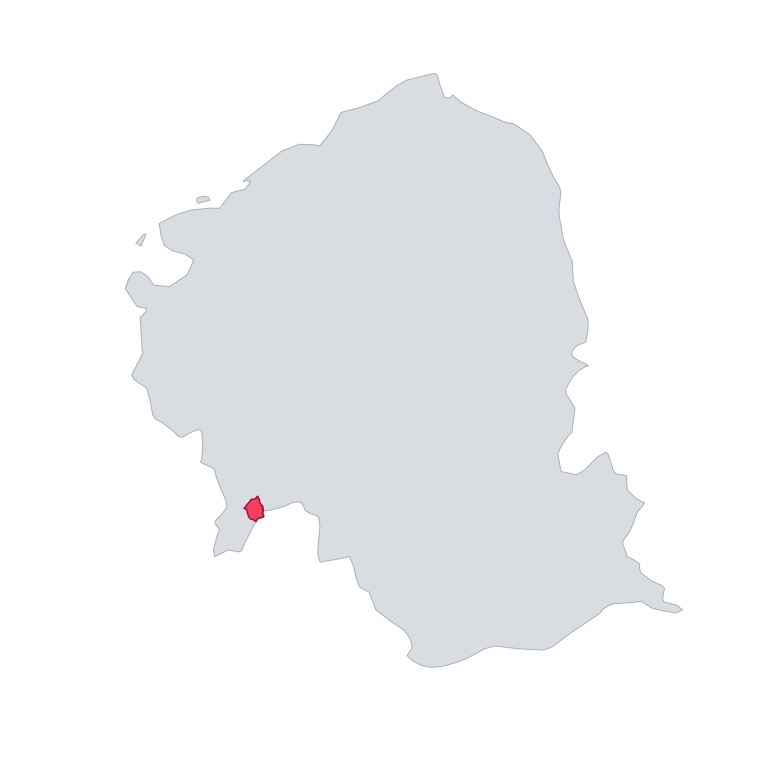 location of Rumduol, Svay Rieng, Cambodia, rotated 78°
{"feature_id": "14789045B51142255514393", "entity_name": "Rumduol", "entity_type": "district", "adm_level": 2, "iso_a3": "KHM", "parent_name": "Cambodia", "parent_adm1": "Svay Rieng", "projection": "albers", "projection_center": [105.826, 11.218], "detail": "fine", "context": "in_parent", "style": "filled", "palette": "rose", "viewbox_px": 768, "rotation_deg": 78, "n_neighbors": 0, "source": "geoboundaries", "source_scale": "gbopen_adm2", "svg_char_len": 6074}
<svg xmlns="http://www.w3.org/2000/svg" viewBox="0 0 768 768"><g transform="rotate(78 384 384)"><path d="M667.0,139.1L668.8,145.4L664.2,157.3L659.3,168.1L650.1,177.5L649.7,184.4L646.6,205.1L647.9,211.7L650.0,217.3L653.1,220.3L661.3,240.5L668.7,258.8L676.1,273.9L677.4,283.4L670.9,307.7L663.2,330.0L664.0,341.1L667.4,352.2L671.0,366.9L672.5,385.9L670.6,398.2L667.1,405.9L660.4,413.8L654.6,417.8L647.5,411.2L641.9,410.9L634.3,413.0L628.4,416.1L616.4,427.7L603.1,438.9L584.5,441.9L577.4,450.2L569.7,451.4L555.0,451.9L545.4,453.8L545.9,458.0L545.1,477.8L545.3,482.4L543.9,483.7L537.2,484.3L526.0,481.3L510.7,476.4L499.9,475.6L494.4,484.2L491.0,487.6L486.9,488.1L482.7,489.7L481.2,493.5L480.9,498.3L482.9,506.5L483.7,519.6L483.2,528.5L487.1,534.2L510.4,553.1L517.3,557.8L518.1,560.7L514.0,571.0L517.7,585.5L510.4,585.2L498.2,579.0L492.4,575.2L485.3,578.2L482.9,577.7L478.1,570.5L471.9,563.2L465.4,562.8L451.9,565.6L438.0,567.6L432.7,567.6L430.6,568.9L422.5,579.7L419.1,577.8L405.1,573.7L392.4,572.1L389.8,574.9L391.3,583.7L394.1,592.4L392.4,596.0L385.4,600.5L376.1,608.7L370.4,615.0L366.4,616.6L352.3,616.2L338.3,617.0L332.6,623.0L327.3,627.6L322.7,628.9L304.4,614.0L268.0,608.6L264.0,602.0L260.5,600.7L257.1,609.2L237.0,617.2L228.7,612.2L222.6,606.2L223.5,598.9L229.4,593.0L239.4,588.8L244.1,573.8L236.6,554.5L230.0,548.9L223.1,544.4L215.7,551.5L209.4,563.6L202.8,569.9L193.7,571.2L180.3,570.6L175.3,552.3L173.7,536.6L175.7,518.7L177.9,508.2L165.1,493.4L164.6,479.5L158.4,472.3L156.6,475.9L156.7,479.9L155.0,477.0L135.1,436.0L131.9,417.0L135.6,402.5L137.7,397.6L131.9,389.9L123.8,381.1L109.4,369.5L108.6,351.4L105.7,330.1L101.4,322.9L94.9,309.7L91.5,298.8L90.6,270.1L92.5,267.8L102.7,267.1L115.9,265.2L118.0,260.5L115.7,256.7L124.2,250.3L136.4,236.2L145.8,221.4L152.6,212.1L156.7,202.8L170.3,189.7L189.0,180.8L201.7,178.7L214.9,175.7L227.5,171.4L233.5,171.1L249.1,176.5L257.6,177.9L266.5,177.9L275.7,178.5L283.7,178.0L302.9,174.4L323.3,177.5L341.4,175.2L363.9,171.0L375.0,173.8L385.0,178.1L386.4,186.8L388.7,190.8L392.1,193.9L396.5,193.9L402.3,187.9L407.1,181.6L408.7,180.4L408.9,183.5L411.3,190.3L415.5,197.0L419.9,201.5L427.1,207.4L431.8,207.7L447.2,202.2L470.3,210.3L472.9,214.4L480.4,222.6L488.5,228.6L506.5,228.9L512.9,214.3L509.8,205.5L499.5,190.0L496.7,180.9L500.0,179.3L517.4,177.5L520.2,175.7L524.0,165.7L528.7,166.8L538.3,168.1L548.5,161.2L554.5,154.0L557.8,157.3L561.4,162.3L565.4,165.2L572.7,169.5L580.8,175.6L585.8,181.6L589.8,183.9L600.2,182.2L602.9,182.4L608.9,175.2L613.1,171.2L616.6,172.3L621.8,172.2L632.6,162.9L638.7,154.4L642.0,152.1L651.7,156.2L655.5,155.4L661.1,143.7L667.0,139.1ZM168.7,528.1L166.7,529.2L164.8,529.1L162.9,527.4L163.1,520.9L164.6,516.9L167.9,516.1L168.7,528.1ZM198.6,593.0L194.5,597.4L188.0,588.2L188.1,585.7L198.6,593.0Z" fill="#d9dde1" stroke="#a8b0b8" stroke-width="1"/><path d="M484.2,529.0L484.0,528.9L483.9,528.8L483.8,528.7L483.7,528.6L483.4,528.4L483.2,528.3L482.9,528.5L482.7,528.5L482.4,528.5L482.2,528.6L482.2,528.8L481.9,528.9L481.7,528.9L481.5,528.7L481.4,528.7L481.2,528.5L481.2,528.4L481.2,528.2L480.9,528.0L480.7,528.0L480.4,528.2L480.3,528.3L480.2,528.4L480.1,528.5L480.0,528.4L479.9,528.3L479.8,528.2L479.7,528.1L479.4,528.2L479.2,528.2L478.8,528.1L478.7,528.1L478.4,528.1L478.2,528.3L478.1,528.5L477.9,528.6L477.7,528.5L477.7,528.9L477.7,529.0L477.4,529.0L477.2,529.0L476.9,529.3L476.6,529.3L476.4,529.3L476.1,529.3L475.9,529.4L475.7,529.4L475.4,529.5L475.2,529.6L475.0,529.8L474.9,529.8L474.7,529.9L474.4,530.0L474.2,530.0L473.7,530.1L473.4,530.1L473.1,530.2L472.8,530.2L472.6,530.2L472.3,530.2L472.1,530.1L471.9,530.1L471.7,529.9L471.4,529.7L471.2,529.8L470.9,529.9L470.9,530.1L470.7,530.2L470.5,530.3L470.2,530.3L469.7,530.4L469.4,530.5L469.2,530.5L468.8,530.5L468.6,530.6L468.2,530.7L468.0,530.8L467.7,530.9L467.7,531.3L467.8,531.7L467.9,531.9L468.0,532.0L468.3,532.1L468.5,532.2L468.7,532.4L468.9,532.4L469.1,532.6L469.1,532.9L469.0,533.0L468.9,533.1L468.9,533.4L469.1,533.6L469.2,533.8L469.3,533.9L469.4,534.0L469.5,534.1L469.6,534.3L469.7,534.5L469.6,534.8L469.6,535.0L469.6,535.4L469.6,535.7L469.6,536.0L469.6,536.3L469.5,536.5L469.4,536.7L469.3,536.9L469.2,537.0L469.2,537.3L469.2,537.5L469.3,537.6L469.4,537.8L469.5,538.0L469.8,538.3L469.9,538.6L470.1,538.7L470.2,538.9L470.4,538.9L470.5,539.1L470.6,539.3L470.7,539.5L470.8,539.5L471.0,539.6L471.2,539.9L471.3,540.1L471.6,540.4L471.8,540.6L472.0,540.9L472.1,541.1L472.3,541.4L472.4,541.6L472.5,541.8L472.7,542.1L472.9,542.4L473.0,542.6L473.3,542.8L473.5,543.1L473.6,543.3L473.8,543.5L474.1,543.8L474.5,544.1L474.8,544.4L475.0,544.7L475.3,545.0L475.5,545.3L475.7,545.5L475.9,545.9L476.0,546.1L476.1,546.3L476.3,546.5L476.4,546.3L476.5,546.2L476.7,546.3L476.7,546.1L476.8,545.9L477.1,545.8L477.5,545.5L477.6,545.3L477.6,545.2L477.8,545.0L478.0,544.9L478.3,544.7L478.6,544.5L478.7,544.4L478.9,544.4L479.0,544.3L479.3,544.2L479.6,544.3L480.0,544.3L480.9,544.4L481.4,544.5L482.1,544.4L482.9,544.3L483.2,544.2L483.6,544.2L484.2,544.2L484.8,544.1L485.4,544.0L486.3,543.7L487.1,543.3L487.7,543.0L488.1,542.7L488.4,542.4L488.7,542.1L488.9,541.7L489.0,541.5L489.2,541.1L489.3,540.5L489.7,540.0L490.2,539.5L490.6,539.2L491.0,538.8L491.4,538.4L491.8,538.0L492.0,537.8L491.9,537.7L491.7,537.6L491.5,537.4L491.4,537.4L491.1,537.2L490.9,537.1L490.7,536.8L490.7,536.7L490.4,536.3L490.3,536.2L490.2,536.0L490.1,535.8L490.0,535.7L489.8,535.5L489.7,535.3L489.6,535.1L489.4,534.9L489.3,534.7L489.3,534.4L489.3,534.2L489.2,534.1L489.2,533.9L489.0,533.6L489.0,533.4L488.9,533.2L489.0,532.9L489.0,532.7L489.2,532.4L489.3,532.3L489.3,532.1L489.4,531.9L489.4,531.7L489.5,531.6L489.4,531.4L489.3,531.2L489.2,531.1L489.1,530.9L489.0,530.7L488.9,530.5L488.9,530.3L489.0,530.2L489.1,529.9L489.1,529.7L489.0,529.4L488.9,529.3L488.7,529.5L488.4,529.6L488.2,529.5L488.1,529.4L488.1,529.2L487.9,529.1L487.7,529.0L487.4,529.0L487.2,529.1L486.9,529.2L486.7,529.3L486.3,529.3L486.2,529.3L485.9,529.3L485.7,529.2L485.4,529.3L485.2,529.4L485.0,529.5L484.9,529.7L484.7,529.8L484.4,529.8L484.2,529.7L484.1,529.3L484.1,529.2L484.2,529.0Z" fill="#f43f5e" stroke="#9f1239" stroke-width="1.5"/></g></svg>